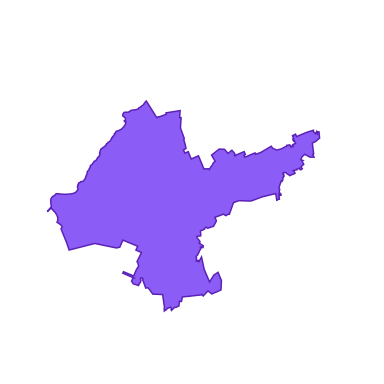 Pitiquito, Sonora, Mexico (Robinson projection), rotated 67°
{"feature_id": "50627088B68364674252683", "entity_name": "Pitiquito", "entity_type": "district", "adm_level": 2, "iso_a3": "MEX", "parent_name": "Mexico", "parent_adm1": "Sonora", "projection": "robinson", "projection_center": [-112.292, 30.097], "detail": "fine", "context": "isolated", "style": "filled", "palette": "violet", "viewbox_px": 384, "rotation_deg": 67, "n_neighbors": 0, "source": "geoboundaries", "source_scale": "gbopen_adm2", "svg_char_len": 5936}
<svg xmlns="http://www.w3.org/2000/svg" viewBox="0 0 384 384"><g transform="rotate(67 192 192)"><path d="M90.4,198.5L90.5,199.0L91.0,199.9L91.7,201.0L92.0,201.8L92.5,202.1L92.8,202.7L93.0,204.0L93.1,204.3L93.2,205.0L93.7,206.1L93.7,208.0L94.4,208.6L94.5,208.9L94.3,211.6L93.3,214.9L93.1,216.2L93.3,217.1L93.2,217.6L93.7,218.9L93.0,221.2L92.3,222.6L92.3,223.7L93.1,224.9L93.6,225.4L94.4,225.8L95.1,225.9L95.5,225.8L96.7,224.9L97.4,224.6L98.3,224.6L99.7,225.2L100.0,225.4L100.0,225.5L100.2,225.3L100.1,225.6L100.5,225.9L99.6,227.1L100.5,225.9L100.7,226.1L100.7,225.8L100.8,225.8L101.0,226.0L100.9,225.7L101.1,225.5L101.8,225.7L102.8,226.2L103.9,227.2L104.4,227.9L105.8,230.4L106.6,232.7L106.7,233.4L106.8,235.3L106.7,237.1L106.5,237.8L106.8,238.0L106.7,238.3L107.0,238.8L107.7,239.6L107.9,240.5L108.3,240.5L108.4,241.0L109.1,241.2L109.8,242.1L109.8,243.1L109.9,243.4L110.1,243.4L110.4,243.6L110.6,244.4L111.2,244.7L111.3,245.1L111.5,245.1L112.0,246.0L113.2,247.5L113.3,248.4L113.5,248.8L113.4,249.8L114.1,250.4L114.1,251.7L114.7,252.0L114.7,252.3L115.2,252.8L115.3,253.3L115.5,253.5L115.6,254.0L115.9,254.1L116.1,254.4L116.1,255.8L116.3,256.8L116.6,257.0L116.6,257.7L117.0,259.2L117.9,260.0L118.1,260.4L118.6,260.6L120.0,261.9L120.3,262.0L121.2,261.8L121.8,262.3L121.9,262.7L122.4,263.0L122.7,263.7L123.2,264.1L123.4,265.3L123.7,265.8L124.0,266.2L124.3,266.3L124.5,266.7L124.9,266.9L125.1,267.3L125.2,267.9L125.4,268.3L125.4,268.5L125.5,268.6L125.5,270.0L125.7,270.4L126.1,270.8L126.5,271.6L126.8,271.9L127.4,272.9L127.6,273.3L127.8,274.7L128.0,275.2L128.4,275.5L129.6,276.0L130.1,277.3L131.1,277.9L131.3,278.2L132.2,280.2L132.5,280.6L133.8,281.1L134.5,281.8L136.0,283.5L136.9,284.0L138.4,285.8L139.2,287.2L139.5,288.0L139.2,289.9L139.0,290.3L139.5,291.1L139.3,292.4L139.4,292.7L140.2,293.5L140.6,293.6L140.8,294.2L141.3,294.3L141.8,295.1L143.4,295.7L144.2,295.6L144.6,295.7L145.2,296.2L145.6,296.7L146.5,298.4L146.9,299.5L146.9,301.9L146.5,304.0L145.8,306.3L144.2,310.5L142.7,313.5L141.0,316.3L140.8,317.1L140.5,317.8L141.1,318.7L141.1,319.2L141.5,319.9L141.5,320.7L141.8,322.3L142.2,323.3L142.6,323.6L142.8,324.0L143.6,324.8L144.7,325.4L147.4,326.4L148.3,326.5L148.6,326.7L149.4,326.8L149.8,326.9L150.0,327.2L150.6,327.3L150.9,327.7L152.1,330.3L152.4,330.5L152.8,332.2L153.1,332.4L153.4,332.4L153.5,332.0L153.2,331.8L152.9,330.9L152.7,330.9L152.5,330.4L152.3,329.3L151.6,328.6L152.4,327.8L157.2,326.0L160.5,325.4L163.0,325.6L164.6,326.1L166.0,327.0L167.2,328.1L169.3,326.6L171.2,325.6L172.3,325.2L173.1,325.2L173.8,325.4L174.3,326.6L175.1,327.0L189.9,327.2L197.4,327.8L201.4,301.6L214.0,283.4L214.6,280.1L209.3,274.4L220.7,263.2L223.6,266.3L228.0,262.2L234.7,269.9L235.9,269.5L239.5,270.2L241.5,273.3L246.5,278.5L238.6,286.2L239.7,287.4L248.5,279.1L248.3,280.1L250.4,282.5L253.5,282.0L257.2,277.8L256.0,276.5L255.7,276.4L255.2,275.0L253.5,273.6L251.6,273.4L251.1,272.4L251.8,271.3L252.5,271.1L253.2,271.7L262.4,272.1L262.4,271.7L263.1,269.9L263.3,269.7L270.7,268.0L274.9,259.1L287.0,262.3L287.9,262.7L288.2,263.0L290.7,264.0L290.4,262.8L290.2,262.6L290.5,262.3L290.1,261.6L290.1,261.1L289.9,261.0L289.6,260.4L289.4,260.2L289.3,259.9L289.6,259.2L289.6,257.5L289.9,257.0L289.8,256.7L291.3,256.6L292.2,257.2L293.0,257.2L291.5,253.4L291.9,251.5L291.8,248.6L287.7,246.2L288.7,244.5L284.8,241.8L287.1,234.7L288.2,230.7L290.4,223.6L290.0,223.1L292.1,222.3L289.3,216.0L293.6,213.6L293.5,205.6L293.5,203.6L285.0,199.5L276.1,199.4L277.1,204.5L281.7,211.0L267.9,211.0L255.5,208.6L258.8,212.8L258.6,213.2L257.5,212.9L257.3,213.3L257.8,213.6L257.6,214.1L257.0,214.4L257.1,214.9L254.1,213.5L252.8,213.3L252.4,211.9L250.1,209.0L249.5,208.6L247.5,205.9L246.1,205.9L246.1,205.0L247.3,204.2L247.4,203.6L246.0,202.6L241.9,205.4L241.2,204.2L240.5,204.0L235.6,205.3L234.7,204.7L235.8,201.2L235.0,200.7L231.4,199.6L231.1,198.8L231.2,197.8L231.1,195.0L230.1,194.1L230.0,192.7L231.5,191.7L232.0,185.6L228.5,181.2L228.0,180.8L224.3,180.8L224.7,171.7L227.0,170.1L226.6,167.3L227.1,166.3L218.0,158.0L218.3,152.2L222.8,142.6L223.4,140.5L223.9,129.4L225.8,117.6L226.0,116.8L226.0,116.5L226.1,115.7L227.3,115.8L232.8,117.2L232.9,116.9L232.3,116.4L232.8,114.4L229.6,113.4L229.6,111.1L228.1,111.1L228.4,111.9L228.6,113.1L227.7,112.8L226.4,111.7L225.1,111.3L224.2,110.4L223.8,110.2L221.9,110.3L221.5,109.8L221.1,109.7L220.3,108.6L219.5,108.2L218.2,106.8L216.8,105.6L217.4,104.9L216.1,103.5L214.9,103.1L214.1,102.0L213.6,101.9L213.6,101.3L212.6,101.0L212.4,100.7L212.1,100.8L212.1,101.0L211.6,101.0L211.1,101.3L210.6,100.5L210.2,100.6L209.9,100.5L210.1,100.1L210.4,98.5L211.9,97.5L212.6,97.2L214.6,95.8L215.1,95.7L215.1,89.9L213.6,89.8L211.8,90.4L212.5,86.9L212.1,86.9L212.1,83.8L213.7,83.8L214.1,82.4L213.5,81.3L211.9,82.0L210.7,80.3L210.3,78.4L206.4,78.5L206.3,77.6L204.9,79.2L202.6,77.1L201.4,73.5L205.9,69.9L207.6,66.1L204.5,66.1L204.5,65.1L193.9,62.1L193.9,58.8L192.3,53.5L186.6,51.7L186.2,51.6L185.6,52.6L187.1,53.8L185.1,53.8L186.7,55.5L183.7,56.7L182.6,56.1L181.9,62.9L181.8,72.3L181.9,74.1L179.2,74.1L179.4,77.3L179.6,77.3L179.5,76.8L179.9,76.8L179.9,77.5L182.8,77.6L182.7,78.6L184.8,78.6L184.8,77.7L187.8,77.8L187.7,80.8L188.1,81.1L188.3,81.1L188.2,81.0L188.4,80.8L189.7,81.2L188.9,82.6L188.5,82.9L188.5,83.0L188.9,83.3L187.5,83.3L187.5,83.8L186.7,83.9L186.1,86.6L186.7,86.8L187.2,93.0L186.5,97.6L183.3,100.6L180.8,101.2L180.9,101.6L182.5,113.5L182.1,118.8L180.7,118.7L180.6,120.3L180.6,129.8L178.3,129.8L178.3,128.2L175.2,128.2L175.2,137.6L175.5,137.6L175.3,138.5L174.9,138.4L174.7,138.5L173.4,137.6L169.1,139.0L170.5,143.8L165.4,145.4L163.1,150.2L165.7,159.6L172.9,158.7L173.2,160.0L173.7,161.2L174.2,161.8L174.9,162.4L176.6,165.4L178.1,167.3L177.1,167.7L175.4,172.0L161.2,171.9L161.3,179.8L153.4,179.7L153.4,183.4L149.9,183.4L149.6,180.5L146.3,179.8L140.6,179.1L139.7,178.2L128.5,177.6L119.3,173.0L118.7,174.3L112.4,171.1L109.0,185.0L110.4,185.5L110.0,193.0L109.6,193.2L109.7,195.4L90.4,198.5Z" fill="#8b5cf6" stroke="#5b21b6" stroke-width="1.5"/></g></svg>